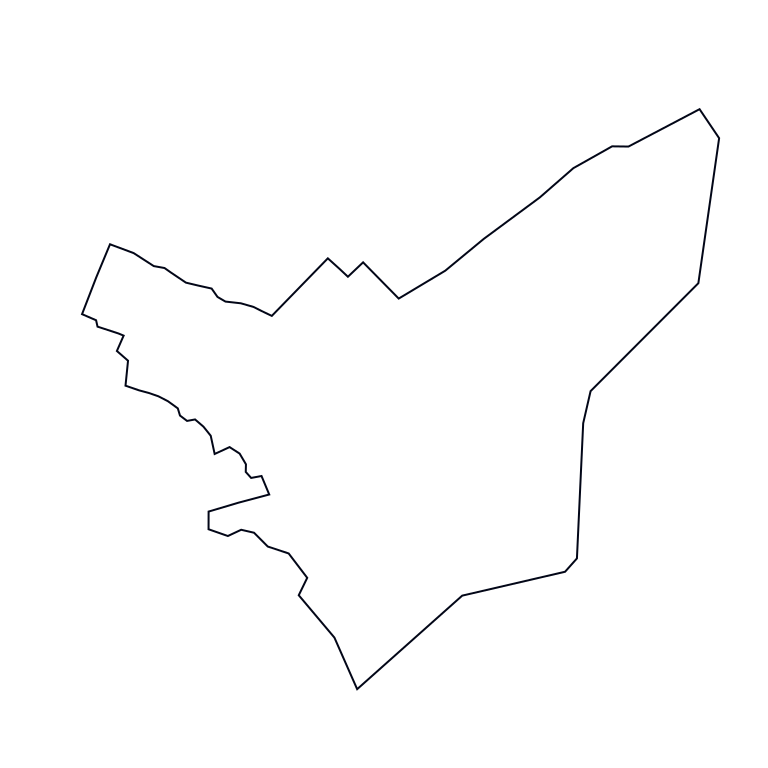 Yunusabad, Tashkent, Uzbekistan (orthographic projection), rotated 96°
{"feature_id": "79887680B16922356170962", "entity_name": "Yunusabad", "entity_type": "district", "adm_level": 2, "iso_a3": "UZB", "parent_name": "Uzbekistan", "parent_adm1": "Tashkent", "projection": "orthographic", "projection_center": [69.256, 41.321], "detail": "fine", "context": "isolated", "style": "outline", "palette": "ink", "viewbox_px": 768, "rotation_deg": 96, "n_neighbors": 0, "source": "geoboundaries", "source_scale": "gbopen_adm2", "svg_char_len": 1035}
<svg xmlns="http://www.w3.org/2000/svg" viewBox="0 0 768 768"><g transform="rotate(96 384 384)"><path d="M77.7,98.9L122.3,165.7L123.8,182.0L149.5,218.2L182.1,248.5L229.2,299.9L264.9,334.9L297.5,378.3L265.2,417.5L281.1,431.1L274.2,440.2L264.9,453.0L328.0,502.7L324.2,513.4L321.0,521.8L318.7,534.8L318.6,550.3L314.8,558.7L307.1,565.4L305.5,579.3L303.9,591.6L295.4,607.6L291.6,614.4L290.8,625.3L280.0,646.6L273.7,671.1L308.0,681.3L346.1,691.6L350.7,677.0L356.9,674.9L361.5,653.4L363.1,648.0L379.1,653.1L387.6,641.0L412.7,640.9L415.9,627.0L417.5,617.0L419.8,607.1L423.7,597.1L429.8,586.5L436.7,583.6L441.3,576.0L439.0,568.2L445.3,559.1L453.6,550.9L471.3,545.1L462.9,531.0L468.3,520.3L478.3,512.9L485.9,512.3L491.3,506.3L488.3,496.2L505.9,486.6L517.2,516.2L529.2,545.1L546.8,543.3L551.5,523.4L543.9,510.8L545.5,497.7L557.8,482.6L562.5,461.1L584.8,440.1L603.0,446.7L641.4,406.8L690.3,378.8L586.3,284.1L551.8,184.3L537.3,173.9L402.2,181.8L369.5,177.8L250.9,81.9L104.5,76.4L77.7,98.9Z" fill="none" stroke="#020617" stroke-width="2"/></g></svg>